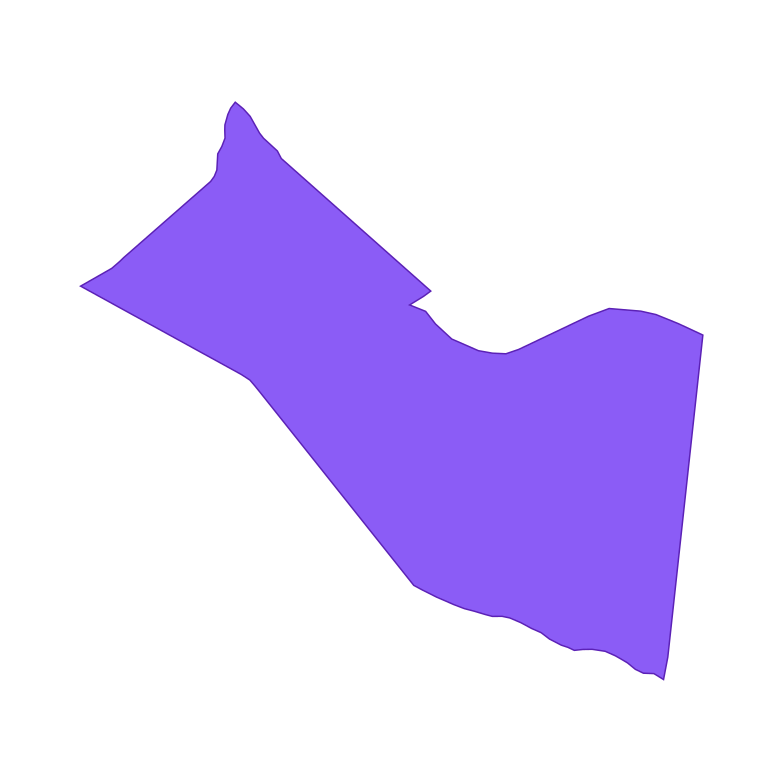 Junco do Maranhão, Maranhão, Brazil, rotated 276°
{"feature_id": "56859067B88031270249569", "entity_name": "Junco do Maranhão", "entity_type": "district", "adm_level": 2, "iso_a3": "BRA", "parent_name": "Brazil", "parent_adm1": "Maranhão", "projection": "robinson", "projection_center": [-46.119, -1.889], "detail": "fine", "context": "isolated", "style": "filled", "palette": "violet", "viewbox_px": 768, "rotation_deg": 276, "n_neighbors": 0, "source": "geoboundaries", "source_scale": "gbopen_adm2", "svg_char_len": 1010}
<svg xmlns="http://www.w3.org/2000/svg" viewBox="0 0 768 768"><g transform="rotate(276 384 384)"><path d="M119.3,692.9L142.0,694.8L466.0,696.0L474.8,670.4L481.5,647.2L483.3,631.8L482.6,600.0L472.8,580.3L432.4,514.2L426.8,502.1L426.0,488.6L427.0,474.4L435.8,446.7L449.1,428.9L460.6,417.8L465.3,401.2L475.4,414.3L481.3,420.8L597.5,258.3L604.6,253.6L615.8,238.5L620.5,234.0L636.2,222.9L642.9,215.4L648.7,206.6L642.3,202.7L635.7,200.5L625.1,198.7L619.9,199.1L611.9,200.2L603.3,197.9L595.5,194.6L579.3,195.4L572.7,193.5L567.3,190.4L482.6,112.0L478.3,108.4L470.6,101.2L449.6,72.0L378.5,241.2L373.9,250.2L368.8,255.6L363.7,260.7L186.8,434.7L182.9,444.3L177.5,458.7L171.9,476.5L169.0,487.4L167.6,496.7L165.3,509.0L164.2,516.1L165.3,525.7L164.5,533.4L161.0,544.9L156.3,556.3L153.1,566.3L147.6,575.3L142.8,587.6L141.3,594.5L139.0,601.1L140.8,609.6L141.9,618.7L141.3,631.8L137.9,642.4L135.5,647.9L132.1,655.3L126.5,663.8L123.5,672.2L124.2,682.7L119.3,692.9Z" fill="#8b5cf6" stroke="#5b21b6" stroke-width="1.5"/></g></svg>